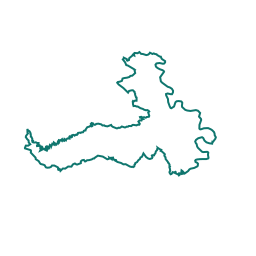 outline of Telle, Quthing, Lesotho, rotated 123°
{"feature_id": "5366337B55047013089331", "entity_name": "Telle", "entity_type": "district", "adm_level": 2, "iso_a3": "LSO", "parent_name": "Lesotho", "parent_adm1": "Quthing", "projection": "equal_earth", "projection_center": [28.078, -30.25], "detail": "fine", "context": "isolated", "style": "outline", "palette": "teal", "viewbox_px": 256, "rotation_deg": 123, "n_neighbors": 0, "source": "geoboundaries", "source_scale": "gbopen_adm2", "svg_char_len": 5907}
<svg xmlns="http://www.w3.org/2000/svg" viewBox="0 0 256 256"><g transform="rotate(123 128 128)"><path d="M183.6,211.9L186.6,209.8L186.9,209.0L190.1,209.2L191.3,208.8L192.3,206.4L192.6,204.6L194.2,203.4L194.9,201.1L197.2,202.1L198.4,204.1L200.9,203.6L201.2,203.3L199.6,197.6L200.0,196.9L201.6,196.1L203.2,189.4L204.4,188.4L204.4,184.9L205.6,182.4L205.7,181.5L204.9,179.2L204.6,177.7L205.7,175.5L205.3,174.1L203.9,172.3L202.5,171.4L200.9,171.3L199.6,169.3L199.2,165.5L199.4,164.8L200.3,164.5L201.0,163.8L200.9,163.4L199.8,163.3L199.6,162.8L200.8,161.3L197.5,160.6L196.2,158.5L192.9,157.2L191.2,154.4L188.6,154.4L186.9,153.4L186.6,152.9L186.7,151.6L186.3,150.7L183.2,148.4L181.6,149.4L180.0,148.9L178.8,147.6L179.5,146.0L179.1,145.4L177.4,144.8L176.1,143.1L174.1,141.3L172.4,140.5L171.9,139.7L170.9,139.6L167.6,138.2L165.7,133.6L165.5,128.3L164.4,127.3L163.8,127.4L163.5,126.9L163.1,127.4L163.1,125.3L162.4,126.2L161.0,124.4L162.1,123.6L161.9,121.6L161.4,120.7L161.8,120.1L162.3,120.5L162.2,118.2L161.1,114.8L161.0,112.1L159.6,110.2L159.3,105.5L158.8,103.9L158.0,103.1L158.0,102.4L156.8,101.8L155.2,102.6L154.6,102.3L153.6,102.8L151.6,101.8L149.4,101.8L147.5,101.1L146.0,101.5L144.5,100.6L140.9,101.2L142.5,97.0L142.6,94.4L142.1,92.8L140.3,91.4L139.1,91.6L138.1,93.0L137.6,92.8L136.7,91.2L135.7,91.5L134.4,91.2L132.5,91.9L130.6,91.6L129.7,92.1L128.9,91.7L128.4,92.3L128.5,90.0L128.2,88.2L129.4,88.1L129.2,87.0L129.8,83.1L130.3,82.6L131.0,82.7L131.5,82.3L131.9,81.6L132.1,80.6L133.5,79.6L134.7,76.1L135.3,75.4L135.3,74.6L136.2,73.1L137.1,72.7L137.5,71.8L138.2,72.0L138.7,71.6L139.1,70.9L141.0,69.2L141.8,69.4L142.8,68.9L143.6,67.1L142.9,66.5L140.6,66.4L140.4,65.3L138.9,64.3L139.0,64.0L140.1,63.8L139.6,60.2L140.0,59.5L139.5,59.3L138.7,60.5L138.1,60.5L137.7,58.7L136.7,59.0L137.0,57.6L136.7,57.3L136.2,59.1L134.4,60.0L134.5,58.6L135.3,55.7L131.3,54.1L129.4,54.0L128.1,53.4L125.4,50.7L122.3,48.9L121.5,49.0L119.8,49.9L119.5,50.9L119.7,52.9L118.7,53.9L117.8,53.8L116.7,52.9L114.7,50.4L111.4,45.4L109.8,44.1L109.1,44.3L107.0,46.3L104.9,47.3L104.7,48.2L105.0,48.8L107.3,51.9L107.6,53.0L106.5,58.6L105.8,60.0L104.1,61.7L103.8,62.8L102.7,64.3L100.9,64.5L98.3,63.5L95.4,60.9L95.4,59.5L96.9,57.0L97.3,54.4L96.5,51.4L95.3,48.9L93.6,49.7L93.5,49.2L89.5,48.9L87.9,49.3L86.9,51.3L85.6,52.3L84.6,53.6L84.0,56.2L84.0,57.8L84.4,60.6L84.8,61.3L86.9,64.2L89.1,65.9L89.8,66.7L89.8,67.4L89.5,67.9L86.4,69.8L81.4,71.0L80.6,71.8L79.8,74.6L76.1,75.7L75.4,78.7L76.0,80.8L79.7,84.9L81.1,87.9L81.6,89.9L80.9,94.0L80.1,94.8L77.3,96.2L76.8,97.2L76.7,97.8L77.8,100.2L79.0,101.7L80.0,102.1L80.7,102.2L84.9,101.1L87.8,102.4L88.0,103.2L87.2,104.7L84.4,108.4L81.9,110.3L79.8,113.8L78.8,114.6L77.5,113.6L76.3,110.4L75.7,109.5L73.6,109.7L72.2,110.5L71.2,112.6L71.2,115.0L71.8,117.2L71.4,124.0L71.0,125.8L67.9,128.7L61.2,128.4L60.7,129.2L60.7,130.6L61.4,133.4L61.6,136.0L61.3,138.0L60.0,139.4L58.4,139.3L57.7,138.6L56.3,136.9L55.1,133.7L54.3,132.8L52.8,132.6L51.7,133.3L51.7,136.8L51.5,137.7L50.3,139.3L50.8,140.2L50.9,143.4L50.6,144.2L51.3,145.8L51.4,147.0L52.6,147.8L52.9,150.6L54.1,150.6L55.7,151.2L56.9,152.4L57.8,155.7L58.7,157.4L58.1,159.8L60.0,160.6L61.5,163.4L62.4,163.5L63.8,162.2L64.0,163.9L65.0,163.8L68.7,165.0L70.5,164.2L71.9,165.2L71.9,165.7L70.9,166.5L71.3,169.8L72.0,169.4L73.3,169.7L74.5,166.2L76.2,163.7L75.7,162.3L75.4,154.8L75.5,153.8L76.1,153.9L78.0,151.9L81.8,152.9L83.0,154.4L84.4,154.6L86.3,156.2L88.2,158.4L89.5,159.5L91.8,158.8L93.7,160.2L95.0,161.6L95.9,161.7L96.6,159.6L97.0,153.6L98.3,147.2L96.4,147.3L94.6,145.7L93.7,144.5L94.1,142.2L94.6,142.0L95.3,140.7L96.1,140.3L97.9,138.0L97.8,137.4L99.9,136.0L100.5,135.7L101.3,137.1L102.7,137.6L102.6,138.5L103.1,138.5L105.4,136.7L106.6,135.3L105.6,134.1L105.3,132.5L104.7,131.6L104.6,128.4L103.9,125.9L103.9,124.5L103.3,122.5L102.5,121.7L102.3,120.2L102.6,119.2L104.0,119.5L106.2,116.8L107.2,116.6L108.6,118.3L109.6,118.6L110.1,119.4L110.1,120.2L111.4,121.8L111.4,123.0L112.3,123.9L112.7,123.4L112.0,122.3L112.5,121.6L112.5,120.3L113.4,121.1L114.4,120.8L115.3,122.4L116.9,122.8L118.1,120.4L119.1,120.3L120.2,121.9L121.1,122.2L122.4,125.1L123.0,125.9L124.5,126.2L125.9,128.4L127.0,128.8L127.5,129.8L128.9,130.5L129.4,131.3L130.1,134.0L131.8,134.6L132.7,135.4L132.9,136.1L134.0,136.7L134.5,137.4L135.3,141.4L135.2,142.7L134.6,143.8L137.8,146.1L138.8,148.3L138.7,149.3L139.8,150.8L139.5,152.3L140.5,155.2L141.9,156.9L142.9,157.1L143.6,157.9L143.7,159.0L143.2,159.7L143.6,161.2L144.7,161.4L145.0,160.5L144.9,159.7L145.8,159.0L146.5,159.4L146.6,160.8L147.7,161.0L149.5,162.6L152.7,162.7L153.2,162.3L154.4,163.5L156.1,163.4L157.0,164.7L157.9,165.0L158.0,165.7L159.3,167.2L160.4,166.9L161.1,167.4L161.2,167.0L161.7,167.1L162.1,168.1L163.4,168.6L163.2,169.2L163.6,170.2L164.9,171.2L165.2,171.1L165.2,170.3L166.1,170.1L166.8,170.5L167.0,170.9L166.4,171.0L166.3,171.4L166.7,172.4L167.5,172.4L168.8,171.3L169.7,173.1L171.5,173.6L172.2,173.3L172.3,173.7L171.8,174.5L171.8,175.4L172.9,175.1L173.2,174.4L173.6,174.5L173.8,176.1L173.2,177.2L173.7,177.3L174.3,176.2L174.8,176.2L174.6,177.1L175.0,178.2L176.9,178.1L175.8,178.8L175.9,179.3L176.7,178.9L177.3,179.5L178.5,179.0L178.8,178.2L179.9,179.1L181.1,179.0L181.9,180.4L181.0,180.0L180.6,180.2L180.5,182.1L182.0,181.0L181.9,182.3L182.2,183.0L185.4,182.3L184.7,183.2L184.7,184.3L187.0,183.6L187.4,185.9L187.8,186.4L188.4,186.6L189.1,186.2L188.9,183.7L190.4,185.0L190.7,184.9L190.7,183.8L191.2,183.7L191.5,186.1L190.8,186.6L191.5,187.2L191.5,188.4L192.0,189.6L192.5,189.4L193.1,188.3L194.8,189.3L193.5,189.5L192.9,190.4L191.5,190.2L191.3,189.5L190.7,189.5L190.5,190.0L190.9,191.2L191.5,191.6L190.8,192.6L191.6,193.0L191.8,193.8L192.3,193.9L192.7,194.4L192.1,194.9L190.6,194.1L189.3,194.8L190.1,196.1L190.2,197.5L191.4,198.9L191.8,200.2L190.6,200.6L190.9,201.5L189.4,202.1L188.1,204.1L188.2,204.8L186.6,205.8L186.2,206.6L185.6,206.7L185.0,207.6L184.4,208.8L184.4,210.9L183.6,211.9Z" fill="none" stroke="#0f766e" stroke-width="2"/></g></svg>